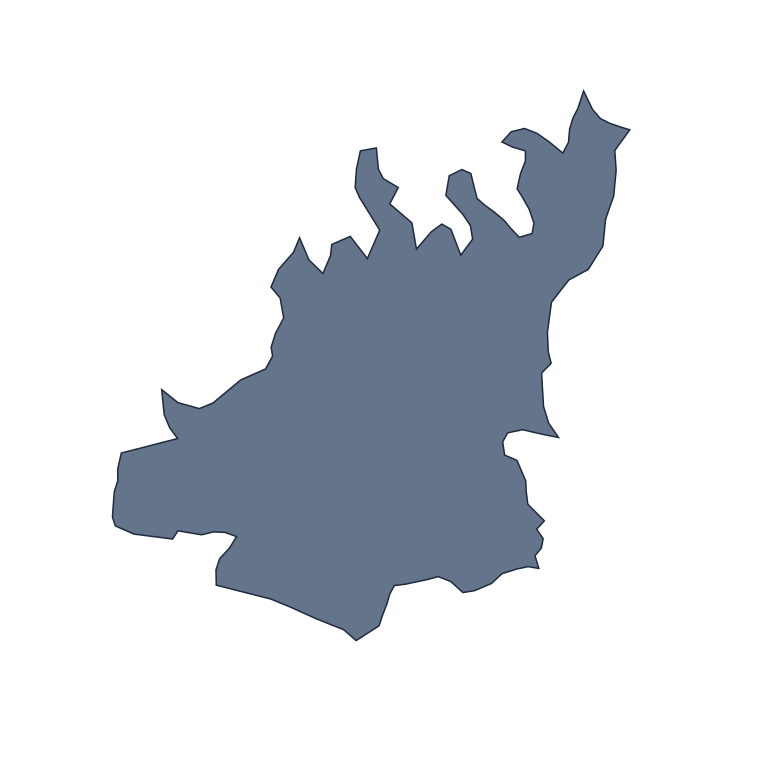 Braga, Rio Grande do Sul, Brazil, rotated 78°
{"feature_id": "56859067B42324023180319", "entity_name": "Braga", "entity_type": "district", "adm_level": 2, "iso_a3": "BRA", "parent_name": "Brazil", "parent_adm1": "Rio Grande do Sul", "projection": "albers", "projection_center": [-53.757, -27.581], "detail": "fine", "context": "isolated", "style": "filled", "palette": "slate", "viewbox_px": 768, "rotation_deg": 78, "n_neighbors": 0, "source": "geoboundaries", "source_scale": "gbopen_adm2", "svg_char_len": 1980}
<svg xmlns="http://www.w3.org/2000/svg" viewBox="0 0 768 768"><g transform="rotate(78 384 384)"><path d="M186.0,371.4L196.4,369.2L232.6,356.2L257.9,374.2L232.6,386.3L236.6,406.1L247.3,409.6L263.2,420.8L247.0,431.6L223.4,436.2L236.2,445.0L250.0,463.4L265.7,474.4L278.4,467.7L298.5,468.4L311.9,479.6L324.5,486.7L333.5,487.2L344.6,496.7L350.2,523.3L366.9,555.0L369.7,569.7L359.4,589.4L343.3,602.6L368.4,605.4L382.7,602.6L394.4,597.2L396.9,655.3L411.5,662.0L423.5,664.6L433.3,670.2L446.5,674.1L457.8,677.3L467.0,676.3L478.8,659.8L491.7,623.1L484.8,616.0L493.6,593.7L493.2,581.6L496.1,570.4L502.6,560.0L512.4,569.3L520.6,581.0L530.9,587.0L545.9,589.9L570.8,539.5L582.1,522.9L599.7,498.9L607.8,486.8L616.0,474.5L629.2,464.6L619.5,439.1L609.7,433.4L599.8,426.9L590.6,422.0L583.3,415.7L584.3,404.7L584.3,394.5L584.3,381.8L583.7,371.0L591.2,359.7L604.4,350.2L605.0,338.6L601.5,320.4L594.1,308.1L592.6,292.7L592.6,281.1L596.6,270.9L583.4,272.0L577.2,264.2L568.4,260.5L557.7,264.8L551.2,255.6L531.6,268.3L518.2,267.2L508.5,265.5L486.4,269.8L478.6,280.8L465.2,279.9L457.5,273.2L457.5,258.1L466.7,238.2L472.6,224.4L456.4,231.1L439.1,232.6L406.1,227.6L398.5,216.2L386.6,216.6L367.4,213.4L338.9,203.2L331.0,193.9L320.7,181.6L314.4,160.4L294.6,141.2L268.9,133.0L247.8,120.2L223.3,112.5L203.6,109.7L186.5,90.7L181.5,99.7L175.6,109.5L169.3,117.2L158.9,122.9L138.8,127.8L154.5,136.9L163.3,144.0L173.1,149.4L185.9,153.3L195.3,161.1L181.5,172.1L170.6,182.3L163.3,193.3L163.7,207.1L171.8,218.4L179.1,208.9L185.4,197.2L195.2,199.3L206.5,206.7L220.8,213.2L229.7,209.9L243.5,205.6L257.6,203.9L267.6,207.8L268.6,221.2L258.2,227.6L249.4,232.2L239.6,239.7L229.3,248.8L221.8,254.4L208.6,254.9L196.1,255.3L190.4,263.3L193.9,276.9L212.4,284.3L234.7,271.5L247.3,266.5L260.7,267.2L273.9,282.1L246.5,286.4L239.6,294.2L244.8,305.9L258.8,324.2L232.2,323.2L209.0,340.9L194.8,329.2L183.0,342.0L172.8,344.8L151.5,342.4L151.0,358.6L168.4,366.4L186.0,371.4Z" fill="#64748b" stroke="#1e293b" stroke-width="1.5"/></g></svg>